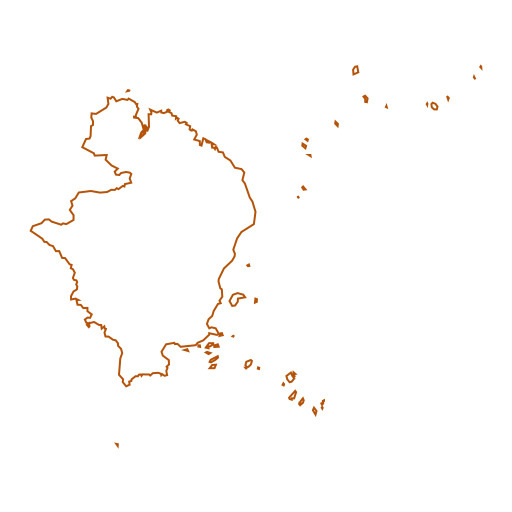 Belitung Timur, Bangka-Belitung, Indonesia
{"feature_id": "22746128B98690900191937", "entity_name": "Belitung Timur", "entity_type": "district", "adm_level": 2, "iso_a3": "IDN", "parent_name": "Indonesia", "parent_adm1": "Bangka-Belitung", "projection": "albers", "projection_center": [108.219, -2.955], "detail": "fine", "context": "isolated", "style": "outline", "palette": "amber", "viewbox_px": 512, "rotation_deg": 0, "n_neighbors": 0, "source": "geoboundaries", "source_scale": "gbopen_adm2", "svg_char_len": 6057}
<svg xmlns="http://www.w3.org/2000/svg" viewBox="0 0 512 512"><path d="M71.0,296.2L71.1,299.5L75.6,298.6L78.3,300.0L76.5,300.2L77.5,304.7L80.8,304.9L83.3,308.1L87.4,307.9L87.5,311.3L91.7,314.4L90.1,317.8L87.5,317.6L84.9,319.5L86.3,322.7L88.7,323.3L94.1,322.0L98.9,324.9L101.2,325.0L101.7,328.6L104.3,326.4L104.8,328.6L105.9,328.9L104.5,332.7L105.5,336.5L108.6,336.6L112.9,339.7L115.7,340.3L118.0,343.4L118.1,345.8L121.1,348.9L122.2,353.2L120.3,358.4L119.0,374.8L123.1,379.3L122.7,382.0L126.2,386.3L129.6,384.7L129.2,381.6L131.3,381.0L131.6,379.3L135.6,376.2L137.8,376.3L139.0,374.6L140.9,374.5L141.5,375.8L142.5,374.4L149.1,374.5L150.2,375.5L152.8,373.2L158.3,372.8L161.0,373.8L161.3,375.2L162.2,374.2L164.6,375.8L167.1,375.1L166.3,370.9L167.5,367.9L166.6,366.7L169.0,364.5L168.8,360.1L162.8,355.6L161.5,351.8L166.1,344.3L174.0,342.9L173.5,342.3L174.9,343.5L175.0,344.1L177.5,343.9L180.6,346.8L195.7,345.2L197.6,342.8L203.2,340.4L209.2,334.7L209.2,333.2L216.9,334.9L218.9,334.0L215.7,328.3L211.4,327.3L209.3,328.3L206.9,323.9L208.7,319.1L212.2,316.0L213.7,311.0L218.0,303.9L220.7,303.2L219.5,300.7L222.3,296.7L221.8,289.3L220.3,288.3L218.5,281.4L218.8,279.0L223.9,268.5L232.2,260.6L234.6,256.3L234.9,253.8L233.3,249.7L237.1,238.4L241.4,232.0L253.9,224.1L255.5,211.8L252.4,201.5L249.8,197.6L244.9,183.5L242.4,180.2L244.3,172.5L241.5,169.1L234.9,167.7L230.4,160.5L224.8,156.9L222.9,152.4L218.6,151.8L216.8,147.4L215.9,146.9L215.0,149.1L214.0,147.6L212.2,147.7L211.7,144.3L214.2,144.4L211.8,142.8L208.2,140.9L208.8,142.6L206.7,142.3L205.4,139.2L203.3,138.3L201.5,145.6L199.9,145.0L199.8,141.1L194.2,139.5L196.8,134.7L195.9,131.3L192.4,129.4L191.8,130.6L190.6,130.3L189.6,129.3L190.2,126.2L185.9,124.3L186.7,123.0L184.8,121.8L179.6,123.1L177.7,120.6L178.6,118.7L177.2,117.8L175.9,118.7L176.1,116.2L172.2,115.6L171.5,113.2L168.9,111.9L169.7,110.4L168.4,109.5L167.2,110.0L167.0,111.8L163.8,113.1L161.3,112.5L161.2,110.7L156.8,112.6L150.2,109.6L151.4,112.5L151.2,114.3L148.6,114.2L149.0,126.8L147.1,131.5L147.5,128.0L146.0,126.4L145.2,133.4L140.7,137.5L140.4,136.4L139.7,136.9L141.1,132.8L141.9,131.7L143.5,130.4L145.3,125.5L144.4,125.3L143.1,127.6L141.7,122.7L138.2,118.1L134.1,117.6L134.0,116.7L136.0,116.9L135.7,115.4L138.5,108.8L136.9,106.6L137.3,104.0L136.2,104.2L134.8,102.1L128.7,98.6L127.5,99.9L122.3,98.9L116.3,101.3L114.0,97.5L112.2,96.8L110.6,98.7L107.6,97.7L108.4,103.9L106.4,107.5L96.1,113.9L91.6,113.4L91.3,117.6L93.0,121.2L93.0,124.9L91.0,126.2L90.6,136.1L89.5,138.6L86.0,139.0L82.3,147.2L93.9,153.3L94.7,155.6L106.7,155.0L105.6,159.7L111.6,165.5L117.8,168.6L114.7,171.7L115.9,174.6L119.3,175.0L121.1,173.0L126.0,172.0L129.6,172.6L131.3,173.9L129.7,178.5L131.2,182.7L124.9,184.1L124.4,186.5L122.8,185.9L118.5,189.1L116.7,188.2L114.9,189.9L111.3,189.8L107.1,192.0L99.9,192.6L91.0,191.0L78.8,192.5L75.3,198.3L71.1,201.1L72.5,205.7L69.8,209.9L73.6,215.3L73.5,220.0L66.3,224.1L63.0,223.4L61.2,224.7L51.6,221.6L48.9,219.4L44.9,219.6L41.5,223.2L32.8,226.2L30.7,230.8L42.3,238.7L44.4,241.9L46.6,242.0L49.5,245.0L53.0,246.1L55.9,251.1L59.2,251.1L62.1,257.9L65.1,258.1L69.6,264.3L71.6,264.9L70.8,268.2L73.0,269.3L74.8,272.7L72.9,278.0L73.9,279.8L76.4,280.4L77.2,282.1L76.2,284.4L77.3,286.4L76.9,289.4L73.5,291.5L71.0,296.2ZM237.6,293.1L232.9,294.8L229.5,301.0L232.2,305.9L235.1,305.5L237.8,301.6L237.9,298.6L245.1,297.3L243.3,294.7L237.6,293.1ZM292.4,376.0L290.9,372.6L286.4,376.0L287.3,379.3L289.6,382.2L291.6,381.7L294.3,378.5L292.4,376.0ZM357.2,66.3L355.0,66.8L353.1,69.7L353.5,74.4L358.3,72.3L357.2,66.3ZM250.8,360.0L246.3,361.8L245.4,365.3L246.7,367.0L248.5,366.8L250.9,364.5L251.9,361.0L250.8,360.0ZM294.1,398.4L296.1,392.2L295.2,390.9L289.1,397.7L289.6,399.0L291.8,399.7L291.9,398.3L294.1,398.4ZM432.7,102.7L431.4,104.1L431.8,107.3L434.1,109.4L436.8,109.4L437.5,106.6L435.4,103.8L432.7,102.7ZM217.7,356.2L210.7,359.8L209.6,361.9L210.9,362.4L215.3,359.9L218.0,357.6L217.7,356.2ZM213.2,343.2L209.0,343.2L205.8,347.6L208.4,348.2L207.7,346.1L209.9,346.5L213.3,344.3L213.2,343.2ZM215.9,364.7L212.2,365.0L209.7,368.2L214.5,368.2L215.9,364.7ZM365.1,95.7L363.5,96.6L365.3,99.1L365.2,101.9L366.9,102.2L367.6,98.4L365.1,95.7ZM316.5,411.0L314.0,407.7L312.9,410.2L315.5,414.6L316.5,411.0ZM145.1,131.5L141.2,133.0L140.7,137.1L144.7,133.1L145.1,131.5ZM303.0,402.7L303.7,400.3L302.9,398.3L300.4,401.5L300.5,403.5L299.4,402.9L299.1,403.9L300.1,405.2L303.0,402.7ZM306.1,145.8L302.6,143.6L302.3,145.7L305.4,148.3L306.1,145.8ZM217.8,344.3L214.2,345.5L214.3,347.0L218.7,346.7L217.8,344.3ZM335.5,121.6L335.2,123.6L337.6,126.1L337.9,123.9L335.5,121.6ZM221.9,333.1L220.4,333.4L219.6,335.9L222.7,335.2L221.9,333.1ZM210.4,353.0L207.1,351.9L205.9,352.5L208.6,354.1L210.4,353.0ZM88.8,327.1L89.5,326.3L89.0,323.2L86.9,324.8L88.8,327.1ZM303.1,186.5L302.2,187.4L303.6,189.7L305.5,189.4L303.1,186.5ZM295.3,373.9L293.5,372.3L293.1,376.1L294.5,376.1L294.0,374.1L295.3,373.9ZM256.9,299.1L255.4,298.6L255.0,302.6L256.8,301.8L256.9,299.1ZM187.3,349.2L184.6,350.0L188.1,351.0L187.3,349.2ZM306.4,138.6L305.5,139.3L307.5,140.8L307.9,139.5L306.4,138.6ZM322.0,404.9L323.2,403.5L322.9,402.6L321.3,403.4L322.0,404.9ZM448.2,99.6L448.8,98.0L447.0,96.1L448.2,99.6ZM249.3,266.0L248.9,264.5L247.3,265.4L248.0,266.2L249.3,266.0ZM200.1,346.9L199.9,345.4L198.5,345.3L198.3,346.5L200.1,346.9ZM117.8,444.2L116.3,443.9L117.7,445.9L117.8,444.2ZM283.7,385.4L284.1,384.2L283.4,383.3L282.6,384.8L283.7,385.4ZM259.0,369.0L259.2,367.8L258.1,367.4L257.8,368.6L259.0,369.0ZM310.4,155.0L308.7,155.0L310.6,156.2L310.4,155.0ZM324.0,400.3L322.8,400.9L323.0,402.0L324.0,401.2L324.0,400.3ZM299.0,198.2L297.9,196.1L297.9,197.2L299.0,198.2ZM233.2,336.6L234.0,335.3L232.6,336.3L233.2,336.6ZM127.2,91.2L129.2,90.8L129.3,90.5L128.0,90.1L127.2,91.2ZM386.8,107.4L386.4,105.9L385.9,107.0L386.8,107.4ZM481.3,68.1L481.2,66.5L480.8,66.1L480.3,67.0L481.3,68.1ZM322.3,408.7L322.7,407.8L322.2,407.0L321.7,407.7L322.3,408.7ZM474.1,76.7L473.9,77.4L475.4,79.3L474.1,76.7ZM427.2,105.0L427.4,103.7L427.2,103.3L426.7,104.1L427.2,105.0ZM247.2,368.1L245.5,367.9L246.0,368.5L247.2,368.1Z" fill="none" stroke="#b45309" stroke-width="2"/></svg>